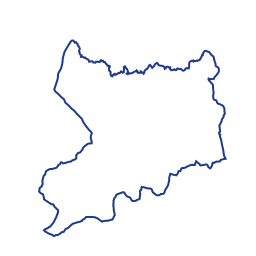 outline of Butere, Western, Kenya, rotated 351°
{"feature_id": "3690345B46700738933790", "entity_name": "Butere", "entity_type": "district", "adm_level": 2, "iso_a3": "KEN", "parent_name": "Kenya", "parent_adm1": "Western", "projection": "robinson", "projection_center": [34.522, 0.227], "detail": "fine", "context": "isolated", "style": "outline", "palette": "blue", "viewbox_px": 256, "rotation_deg": 351, "n_neighbors": 0, "source": "geoboundaries", "source_scale": "gbopen_adm2", "svg_char_len": 5767}
<svg xmlns="http://www.w3.org/2000/svg" viewBox="0 0 256 256"><g transform="rotate(351 128 128)"><path d="M90.0,35.0L88.9,35.4L88.1,33.7L87.2,32.9L86.1,32.9L85.1,33.6L83.0,35.9L79.8,39.7L77.2,42.9L76.2,45.2L75.2,47.2L74.5,49.0L73.5,53.2L71.2,58.7L67.5,63.4L67.2,64.6L66.5,67.6L65.7,69.7L61.2,78.3L61.9,80.4L62.7,81.5L63.6,82.4L64.8,83.9L65.9,85.6L69.3,89.8L70.1,93.1L73.3,97.0L75.4,100.2L76.9,101.7L77.9,103.0L79.8,106.1L83.9,111.8L84.7,115.0L86.7,119.4L89.0,123.4L91.1,126.4L91.4,127.4L90.1,130.1L89.8,131.2L89.6,132.3L90.0,135.9L89.7,137.5L86.6,137.2L85.7,137.4L83.7,138.5L82.7,138.9L81.9,139.7L81.0,140.1L80.2,141.0L79.7,142.2L78.7,143.0L77.1,144.5L76.1,144.8L74.9,144.8L73.0,146.4L72.4,147.3L72.4,149.3L71.2,150.6L67.5,151.4L66.8,152.1L65.9,152.2L65.0,152.1L59.5,152.8L58.4,152.8L57.7,152.0L56.6,151.3L55.8,152.2L55.2,153.1L53.9,153.5L53.1,154.0L52.5,155.0L50.6,156.2L47.9,156.4L47.0,156.7L45.2,156.4L44.2,156.4L43.0,156.7L42.0,157.2L40.8,157.6L40.0,158.1L38.9,161.0L37.7,161.6L36.9,162.6L36.3,164.1L35.3,166.3L35.1,167.9L35.0,170.0L33.8,171.5L33.4,172.4L32.2,172.9L31.1,173.8L31.1,174.9L30.3,176.4L30.7,177.7L31.4,178.5L32.0,179.1L33.5,180.0L33.8,181.3L34.1,184.0L33.9,185.3L39.7,190.7L40.5,191.3L42.3,191.9L43.1,194.3L44.0,195.4L44.8,196.7L45.9,197.8L46.0,199.2L45.3,201.3L44.6,202.1L43.0,205.1L39.5,209.9L35.6,213.3L34.6,213.4L33.6,214.0L32.3,214.6L31.2,214.8L30.0,215.2L29.0,215.8L30.0,217.2L33.1,219.8L34.5,220.5L35.4,221.3L36.2,221.4L36.9,221.9L37.5,223.0L38.7,223.1L39.6,222.5L40.5,222.6L42.6,222.5L43.5,222.0L44.7,221.6L46.0,220.6L48.2,220.5L50.7,217.9L52.7,217.5L53.7,217.0L55.2,215.9L58.3,214.0L62.6,213.3L64.8,213.2L66.0,213.0L66.8,212.7L67.8,212.8L68.4,212.1L68.9,211.4L70.7,211.0L72.8,209.3L74.1,209.6L77.8,210.1L81.4,211.0L82.5,211.8L83.7,212.4L87.1,215.9L88.0,216.5L88.8,216.1L92.4,216.2L93.4,216.4L94.4,216.4L96.6,216.0L98.2,216.0L99.5,214.5L100.1,213.4L101.3,212.0L101.3,210.4L101.1,207.0L101.4,204.5L101.3,202.2L101.8,201.3L101.7,200.4L102.1,199.3L102.3,198.2L102.3,197.3L102.9,196.5L103.3,195.4L105.0,193.9L105.9,192.3L106.9,191.8L112.3,190.7L113.3,190.7L114.2,191.1L115.1,193.4L116.3,195.4L118.4,196.5L119.3,197.4L120.5,200.2L121.4,201.0L124.6,201.1L125.6,200.4L127.4,200.2L128.4,199.8L128.9,197.7L129.7,195.4L129.8,192.9L130.1,191.7L131.0,191.5L131.6,190.8L131.7,189.6L132.4,188.4L134.8,189.2L138.1,190.8L140.4,191.2L141.6,191.9L142.1,193.2L142.1,194.3L142.5,195.4L145.5,198.7L146.5,199.1L148.3,199.3L149.2,198.9L150.1,198.3L152.3,198.6L153.3,198.2L154.2,196.9L154.5,195.8L157.8,191.9L158.7,190.7L159.7,188.0L160.5,186.2L160.8,184.2L161.1,183.1L162.7,179.8L164.7,180.9L166.1,181.5L167.1,181.7L168.2,182.3L169.7,181.1L171.2,178.5L172.2,178.6L173.0,178.8L174.1,176.7L174.7,176.1L177.2,176.2L178.3,176.1L180.2,175.4L183.7,174.4L186.0,174.4L187.0,174.9L188.2,175.0L189.5,172.4L190.1,171.5L192.0,173.8L192.7,174.3L193.2,175.1L193.4,176.0L194.3,176.4L199.7,176.2L200.7,177.0L201.3,179.3L202.0,179.8L202.7,180.7L203.7,180.2L204.2,179.5L205.0,178.5L205.4,177.5L205.8,176.1L206.7,175.5L207.6,176.0L208.8,175.4L209.9,175.0L211.8,175.3L213.5,175.4L214.5,174.1L217.0,173.7L219.6,173.6L218.8,171.4L218.5,169.1L218.6,163.9L218.2,158.8L218.2,156.1L218.0,153.5L217.4,150.0L218.1,149.1L217.4,148.4L217.1,147.5L217.3,146.6L218.2,146.2L218.6,145.0L218.5,142.8L218.6,139.7L220.2,138.0L220.7,136.9L221.6,135.7L222.0,134.2L223.0,133.3L223.7,132.5L224.3,131.6L224.5,130.3L225.6,129.6L225.9,128.3L225.8,126.3L226.2,125.1L226.2,123.8L225.6,121.6L225.0,120.6L222.1,118.7L220.4,117.8L219.9,116.5L219.7,115.2L219.3,114.4L218.5,114.0L217.6,113.6L217.1,112.9L216.9,111.9L217.1,111.0L217.0,109.9L217.5,108.1L218.0,107.3L218.2,102.9L218.6,99.0L218.2,97.7L216.7,95.7L216.3,94.6L215.4,93.8L215.1,92.6L215.4,91.8L216.2,92.3L220.2,93.1L221.9,90.9L224.1,89.3L224.7,88.5L225.7,87.6L226.6,86.4L227.0,83.6L226.5,82.4L224.6,80.8L224.3,79.5L224.5,78.4L224.1,76.3L223.9,74.4L223.6,73.3L223.9,72.1L223.5,70.8L222.7,69.8L222.0,69.3L221.7,68.4L221.0,67.6L219.9,65.4L219.0,65.3L217.5,64.2L216.6,63.9L215.6,64.0L214.8,65.0L214.0,65.6L213.8,66.5L212.9,67.0L213.1,67.9L212.1,68.4L211.2,69.9L209.3,72.1L208.3,72.1L207.0,72.6L206.2,72.1L205.2,72.4L204.2,72.4L203.5,71.7L202.9,72.4L202.4,71.6L201.4,71.6L200.2,72.0L199.1,72.6L198.5,73.7L197.9,77.5L197.3,78.7L196.5,78.5L195.4,78.0L194.1,78.3L193.6,79.3L192.5,79.9L191.2,80.0L189.4,77.9L188.2,77.9L186.2,76.9L185.4,77.5L184.9,78.3L183.8,78.2L182.8,77.2L181.8,77.7L180.5,77.9L179.5,77.3L178.8,76.6L179.1,75.6L179.1,74.7L178.1,74.9L177.4,74.0L176.3,73.6L175.3,73.8L174.6,74.9L173.6,75.3L173.4,73.2L172.4,72.5L170.8,71.7L169.3,71.4L168.0,70.7L167.7,69.5L167.3,68.6L166.4,68.3L165.1,69.0L164.1,70.0L163.6,70.8L161.3,72.4L160.1,69.8L159.6,69.1L158.6,69.5L157.8,70.8L155.9,72.9L154.8,73.0L153.3,74.2L152.6,76.1L151.9,76.8L151.3,75.8L150.5,75.0L149.5,74.2L149.4,75.4L148.5,75.2L147.5,75.3L146.3,75.0L146.3,73.6L145.7,72.7L145.3,73.5L144.3,73.0L142.5,73.6L140.8,74.5L139.9,74.4L139.1,74.5L138.2,74.2L136.2,74.9L135.2,74.2L135.9,73.6L136.8,73.6L136.8,72.2L136.2,69.6L135.6,68.9L134.6,66.6L133.5,67.1L133.3,68.4L133.2,69.6L132.8,70.8L132.6,72.2L131.4,72.6L130.7,71.6L129.9,71.0L129.0,72.0L128.2,72.6L127.2,72.1L125.5,73.1L124.2,73.5L123.4,73.4L123.3,72.4L122.4,72.7L121.5,73.3L120.7,74.5L119.5,73.8L119.2,72.5L119.2,71.5L119.6,70.3L119.4,69.4L118.5,68.7L118.4,67.4L118.7,65.3L119.5,64.9L119.6,64.0L118.6,63.4L117.5,63.3L116.9,61.6L116.0,60.8L115.5,59.2L114.4,59.1L113.9,57.8L112.9,58.0L112.1,56.7L111.1,57.3L110.4,58.4L106.9,57.5L106.0,58.4L105.0,58.0L104.0,58.0L103.3,56.6L101.9,56.3L100.9,56.5L100.0,56.5L99.6,54.3L98.0,53.3L96.6,51.7L95.7,51.8L95.0,51.0L94.1,50.3L92.7,50.4L93.4,48.8L92.2,47.8L91.8,46.3L92.1,45.5L91.6,44.5L92.8,42.2L92.6,41.1L92.2,39.9L91.2,38.6L91.4,37.3L90.6,36.2L90.0,35.0Z" fill="none" stroke="#1e3a8a" stroke-width="2"/></g></svg>